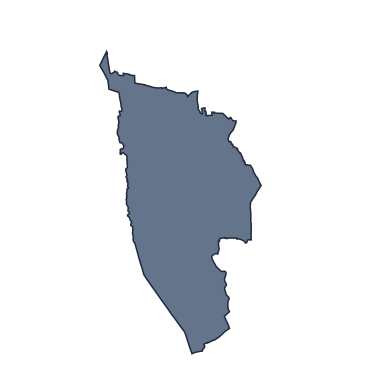 Vicovu De Sus, Suceava, Romania, rotated 256°
{"feature_id": "2599482B73832637769568", "entity_name": "Vicovu De Sus", "entity_type": "district", "adm_level": 2, "iso_a3": "ROU", "parent_name": "Romania", "parent_adm1": "Suceava", "projection": "robinson", "projection_center": [25.674, 47.922], "detail": "fine", "context": "isolated", "style": "filled", "palette": "slate", "viewbox_px": 384, "rotation_deg": 256, "n_neighbors": 0, "source": "geoboundaries", "source_scale": "gbopen_adm2", "svg_char_len": 6063}
<svg xmlns="http://www.w3.org/2000/svg" viewBox="0 0 384 384"><g transform="rotate(256 192 192)"><path d="M131.2,237.9L134.7,238.6L139.8,240.0L141.8,240.6L142.4,240.5L144.0,241.0L146.9,241.8L148.2,241.8L149.1,241.9L156.6,243.8L162.9,244.8L165.4,245.5L167.6,246.2L168.6,247.1L169.4,248.1L171.3,250.0L173.7,252.8L176.5,255.2L181.7,260.7L182.4,260.3L183.2,260.2L185.4,259.7L189.4,259.1L192.1,257.8L196.9,256.5L198.0,256.7L199.2,256.5L200.5,256.2L203.6,255.2L204.0,255.0L204.1,254.7L204.1,253.7L204.2,253.4L204.9,252.5L205.1,252.1L205.4,250.3L207.9,250.6L207.9,250.1L210.0,250.1L209.9,249.4L213.4,249.4L218.1,248.5L218.0,247.9L220.4,247.0L222.0,246.1L222.6,246.8L223.5,246.3L225.0,244.7L226.1,242.8L227.6,243.2L228.9,242.5L228.8,241.9L229.7,241.7L231.1,242.0L231.8,241.1L231.7,240.2L234.5,239.7L235.2,240.0L238.9,242.6L240.3,244.2L240.8,245.2L242.0,246.3L242.1,246.9L242.4,247.2L242.7,247.2L244.9,248.9L246.2,249.7L247.3,250.5L247.7,251.0L249.0,251.4L249.2,251.7L250.2,252.0L250.6,250.7L251.4,249.0L252.0,248.6L252.5,248.3L253.7,248.0L254.7,247.8L254.9,247.6L255.0,247.1L254.8,246.7L254.7,246.4L254.2,246.3L254.0,246.1L253.9,245.4L256.6,243.4L258.1,242.6L260.9,240.8L262.5,234.9L263.1,232.8L263.9,233.1L264.7,230.5L261.6,230.0L262.6,224.2L263.8,224.6L266.0,224.9L266.8,224.8L267.1,224.7L267.2,224.1L270.6,224.9L270.7,221.5L265.5,221.2L265.6,220.2L267.0,218.9L268.0,219.2L270.9,218.0L273.4,218.8L277.8,219.0L279.3,219.1L281.8,219.8L285.8,221.0L288.4,222.2L288.7,221.3L288.9,218.5L288.8,216.1L288.5,215.5L285.6,210.8L285.8,210.7L287.4,210.9L289.8,209.0L290.4,206.9L290.6,206.9L290.7,205.7L290.9,204.9L291.0,205.0L292.0,201.1L292.4,200.2L293.5,199.1L297.2,193.0L297.8,192.5L298.2,192.3L299.8,192.4L299.8,191.8L299.8,189.9L299.7,188.2L300.1,188.2L300.5,188.0L301.0,184.7L301.2,184.1L302.0,181.7L302.7,180.0L304.6,176.8L306.9,172.5L307.2,172.6L308.9,168.8L309.0,168.7L311.4,162.9L318.7,164.4L320.9,159.5L321.4,159.5L323.8,154.0L321.5,153.7L322.4,150.7L322.9,149.7L324.1,148.6L326.1,148.6L326.3,148.4L326.5,148.0L326.8,147.6L327.3,146.8L327.9,146.4L328.0,146.1L327.6,145.9L327.1,145.6L326.9,145.1L326.8,144.1L326.3,143.2L326.3,142.9L326.3,142.7L326.7,142.0L327.2,141.2L335.5,141.8L340.5,142.3L345.6,142.6L346.0,143.1L346.4,143.4L347.8,143.3L349.0,143.1L337.1,133.1L330.2,135.1L320.6,137.4L311.8,136.3L306.8,144.4L306.6,144.8L305.0,145.1L304.4,145.1L303.7,145.0L302.1,144.7L298.8,144.5L297.5,144.4L296.3,144.5L294.3,144.3L291.9,143.9L290.3,144.1L289.4,144.1L288.9,144.0L288.1,143.7L287.5,143.1L287.5,142.6L288.1,141.3L288.0,141.0L287.4,140.8L286.0,140.8L283.8,141.1L283.6,141.0L283.4,140.7L283.4,139.9L283.5,139.3L283.4,139.0L283.2,138.6L282.7,138.3L281.9,138.1L278.7,138.1L277.5,137.9L276.5,137.5L274.4,136.5L274.1,136.4L273.4,136.5L272.6,136.4L272.2,136.2L271.5,135.8L271.0,135.3L270.1,134.6L269.1,134.5L267.5,133.7L267.0,133.7L265.8,133.7L263.7,134.2L262.3,134.4L261.8,134.3L261.0,134.0L260.0,133.9L258.9,134.0L257.6,134.0L257.2,134.2L257.0,134.4L256.9,134.7L256.8,135.5L256.6,135.9L256.1,136.3L254.9,136.5L254.4,136.8L254.1,137.1L253.8,137.1L253.0,137.0L251.8,136.5L251.3,136.0L251.0,135.7L250.8,135.4L250.8,135.2L250.8,134.2L250.9,133.3L250.8,133.1L250.5,132.7L249.9,132.4L249.2,132.3L248.7,132.3L248.4,132.2L247.0,131.6L246.3,131.5L246.1,131.6L245.8,132.0L245.8,132.6L246.0,132.8L246.9,133.4L247.0,133.7L247.0,134.4L246.4,135.0L245.3,135.6L244.3,136.7L243.5,137.2L242.5,137.5L242.1,137.5L239.0,136.6L235.4,136.0L232.9,135.6L232.1,135.4L231.5,135.2L231.1,134.8L230.7,134.2L230.5,133.6L230.4,133.5L230.0,133.2L229.5,133.0L227.8,132.9L226.8,133.0L224.9,132.9L223.7,133.0L223.4,132.8L223.1,132.1L222.9,131.9L222.3,131.6L222.0,131.6L220.7,132.3L220.4,132.4L220.0,132.3L219.6,132.0L219.1,131.6L218.9,131.5L218.7,131.5L218.3,131.8L218.1,132.3L217.8,132.3L217.6,131.9L217.4,131.7L217.0,131.5L216.5,131.7L216.2,132.0L215.8,132.0L214.7,131.7L213.3,130.8L212.5,130.9L211.7,131.4L211.2,131.5L210.9,131.3L210.8,130.9L210.9,130.1L210.8,129.9L210.6,129.7L210.3,129.5L209.4,129.5L209.1,129.4L208.0,128.8L206.8,128.3L206.2,128.0L206.0,127.9L205.8,127.9L205.2,128.1L204.7,128.1L203.3,127.2L202.8,127.3L202.1,127.5L201.8,127.5L201.6,127.3L201.4,127.0L201.2,126.6L200.9,126.4L198.7,126.2L196.5,125.6L196.0,125.5L195.5,125.6L192.9,126.4L192.4,126.4L191.9,126.3L189.8,125.4L189.2,125.3L188.8,125.4L188.2,125.7L187.5,126.3L187.0,126.3L186.6,126.2L186.3,125.9L185.6,124.4L185.3,124.0L185.2,123.9L184.6,123.7L184.2,123.8L183.4,124.6L182.5,125.0L181.9,125.1L181.0,125.1L180.2,125.4L179.5,125.3L178.9,125.5L178.2,126.0L177.7,126.1L177.3,126.1L176.8,125.9L176.5,125.7L175.7,124.9L175.4,124.7L175.2,124.6L174.5,124.6L174.2,124.6L174.0,124.8L172.6,126.1L172.3,126.2L171.6,125.9L171.0,125.6L168.5,125.1L167.7,124.8L166.9,124.4L166.1,124.2L165.2,124.2L164.5,124.3L163.1,124.2L161.8,123.9L160.9,123.6L159.9,123.3L159.0,123.3L157.8,123.4L156.0,124.2L138.1,124.6L129.2,125.1L123.5,125.3L119.2,126.7L92.8,136.9L84.7,140.2L79.5,142.1L72.8,144.9L61.7,149.4L57.6,151.1L40.4,152.3L35.0,152.9L35.5,155.1L35.6,158.6L35.2,163.6L36.8,164.4L37.3,165.5L37.6,166.0L38.2,166.1L38.9,167.0L41.4,166.7L42.3,170.4L41.7,170.5L42.8,175.8L43.0,177.8L43.3,179.5L43.7,179.8L44.4,182.6L48.3,189.6L49.0,191.0L50.5,195.4L54.4,195.0L63.5,193.3L66.8,199.4L69.3,198.9L71.7,199.0L74.8,199.7L77.3,200.5L79.0,202.0L80.1,202.3L81.4,202.0L82.9,200.9L85.1,200.2L86.7,200.4L88.7,200.2L90.3,200.2L91.7,200.9L93.1,202.7L93.9,203.0L95.8,202.7L98.4,202.1L99.4,202.4L103.2,204.5L104.4,205.3L105.6,205.5L106.9,205.0L107.4,203.9L107.5,202.2L108.5,200.7L113.7,197.6L119.4,195.9L123.2,195.2L124.7,195.7L125.5,196.5L126.5,199.3L126.4,200.5L125.6,202.0L126.2,202.5L127.6,202.8L127.9,203.2L128.5,203.7L128.9,203.7L129.8,204.3L130.6,204.7L133.2,204.7L137.2,205.7L138.1,205.8L137.7,206.8L138.9,207.1L139.9,207.2L139.9,212.7L139.5,212.6L139.3,213.4L138.8,213.3L138.3,215.1L138.5,215.5L138.5,216.0L138.4,216.3L138.1,218.0L136.7,223.0L136.5,224.1L135.5,224.1L135.2,226.0L133.9,228.2L132.7,229.7L131.5,230.8L131.1,231.1L130.5,231.3L129.6,231.4L129.6,232.7L131.0,233.7L132.1,234.8L131.2,237.9Z" fill="#64748b" stroke="#1e293b" stroke-width="1.5"/></g></svg>